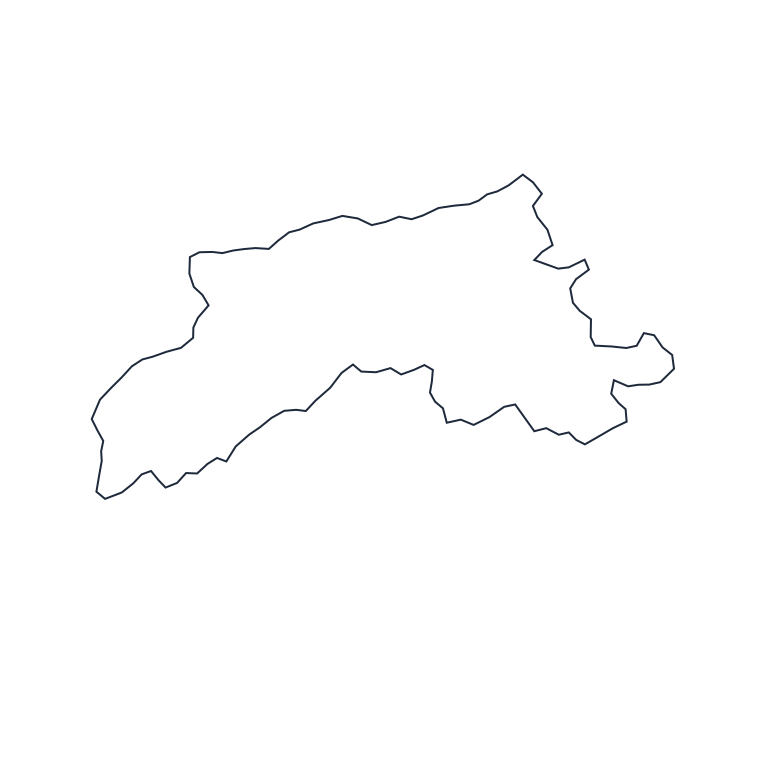 the district of Bom Jesus do Norte, Espírito Santo, Brazil, rotated 214°
{"feature_id": "56859067B21905331277636", "entity_name": "Bom Jesus do Norte", "entity_type": "district", "adm_level": 2, "iso_a3": "BRA", "parent_name": "Brazil", "parent_adm1": "Espírito Santo", "projection": "natural_earth1", "projection_center": [-41.639, -21.075], "detail": "fine", "context": "isolated", "style": "outline", "palette": "slate", "viewbox_px": 768, "rotation_deg": 214, "n_neighbors": 0, "source": "geoboundaries", "source_scale": "gbopen_adm2", "svg_char_len": 1810}
<svg xmlns="http://www.w3.org/2000/svg" viewBox="0 0 768 768"><g transform="rotate(214 384 384)"><path d="M551.0,132.8L540.7,147.5L536.3,161.5L534.4,173.5L528.5,181.6L517.3,178.2L507.2,176.0L500.2,186.3L498.3,199.5L488.9,205.3L485.7,218.9L481.1,229.3L471.4,231.6L472.0,249.4L467.4,266.8L462.7,278.6L458.3,293.0L451.8,305.9L442.5,313.4L433.7,317.9L431.5,331.9L426.5,350.9L425.4,369.4L420.6,382.8L409.8,381.6L397.2,389.3L387.5,400.8L375.1,401.5L367.0,412.6L361.1,422.3L351.4,423.0L345.8,413.0L341.1,402.6L331.8,397.9L321.5,396.8L310.3,387.0L300.4,397.4L286.8,400.2L278.1,415.5L271.6,432.3L263.8,440.4L233.0,428.9L224.8,438.1L210.7,439.7L203.7,447.2L193.4,445.1L183.7,446.3L176.9,460.1L169.6,475.2L161.8,488.5L169.6,498.2L178.8,499.4L190.2,503.0L195.5,515.7L180.3,518.6L172.7,525.6L163.7,531.9L155.9,540.1L152.1,558.8L161.3,569.2L173.5,570.1L187.3,575.5L197.0,571.5L195.9,557.0L203.3,549.3L216.1,542.5L230.7,533.7L238.9,538.5L248.6,553.4L262.5,554.1L272.8,557.0L283.1,567.4L283.4,578.3L278.1,593.4L287.2,599.3L296.0,584.1L304.0,577.1L314.6,574.4L328.7,570.8L326.8,581.9L321.9,593.4L334.8,603.3L350.2,608.1L360.1,614.9L359.5,630.0L373.2,634.5L386.0,635.2L391.7,618.5L397.8,607.0L404.6,598.8L408.1,588.9L413.8,580.7L425.9,570.8L437.2,560.4L446.1,545.3L453.3,536.0L465.0,531.2L473.3,519.3L483.0,508.9L498.3,506.6L512.5,500.1L521.3,489.2L532.5,477.5L540.3,464.8L547.5,456.7L551.9,443.8L555.0,431.6L566.6,424.8L575.5,417.6L583.7,410.3L591.1,402.2L600.3,397.4L610.7,390.0L615.9,380.7L607.1,366.7L595.9,358.1L584.3,356.3L573.4,351.1L575.3,334.8L573.6,324.2L568.1,315.6L572.5,300.5L582.4,289.0L591.1,277.2L598.0,269.3L602.9,257.8L605.2,242.6L608.1,227.9L610.7,212.3L606.7,191.5L595.5,185.2L584.9,179.8L580.9,170.1L575.0,162.4L569.6,150.2L562.2,133.9L551.0,132.8Z" fill="none" stroke="#1e293b" stroke-width="2"/></g></svg>